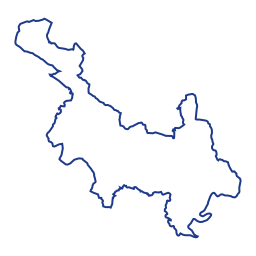 Pho Yen, Thái Nguyên, Vietnam (Mercator projection)
{"feature_id": "81297802B3855346019179", "entity_name": "Pho Yen", "entity_type": "district", "adm_level": 2, "iso_a3": "VNM", "parent_name": "Vietnam", "parent_adm1": "Thái Nguyên", "projection": "mercator", "projection_center": [105.815, 21.451], "detail": "fine", "context": "isolated", "style": "outline", "palette": "blue", "viewbox_px": 256, "rotation_deg": 0, "n_neighbors": 0, "source": "geoboundaries", "source_scale": "gbopen_adm2", "svg_char_len": 5816}
<svg xmlns="http://www.w3.org/2000/svg" viewBox="0 0 256 256"><path d="M60.7,160.6L65.8,164.4L67.2,164.6L68.2,164.3L70.3,163.4L74.2,159.8L77.9,158.6L79.9,158.4L82.5,158.8L83.0,159.8L87.2,163.1L87.8,164.9L91.2,169.0L92.5,171.2L93.3,171.9L94.2,174.3L94.1,175.7L95.0,178.5L95.6,181.7L95.4,182.2L93.4,183.7L92.5,185.6L92.4,187.0L91.9,188.5L90.8,190.1L90.5,191.2L93.4,192.7L98.0,194.4L99.0,197.8L101.3,197.9L101.3,198.9L102.9,200.5L102.9,201.2L102.3,202.4L103.1,204.6L103.2,206.3L105.6,207.1L109.5,207.1L110.7,207.6L112.2,204.1L112.6,199.2L113.1,198.4L112.8,197.6L113.6,197.0L114.1,196.2L115.1,195.7L113.6,194.7L113.2,194.3L113.4,194.0L114.8,192.9L115.4,191.6L116.5,191.2L117.2,190.5L118.7,190.4L119.3,188.9L120.4,188.9L120.7,188.1L120.5,187.7L122.1,188.5L122.7,187.7L122.6,187.2L123.0,186.5L124.1,185.2L124.9,185.8L126.1,185.9L126.1,186.6L127.1,187.5L129.1,187.3L131.4,188.2L132.6,188.3L133.4,188.9L134.0,188.8L134.2,187.3L135.1,187.0L135.9,187.2L138.2,189.3L140.2,190.4L140.5,191.5L141.7,191.2L143.7,192.5L145.7,193.1L146.5,193.1L147.1,193.8L147.6,193.5L147.9,193.9L147.7,194.4L148.7,194.7L148.7,195.5L149.0,195.8L151.9,195.1L152.7,194.3L153.1,193.0L154.9,192.1L158.6,192.5L161.1,191.9L162.3,194.2L163.0,194.7L168.0,192.8L168.7,192.9L170.2,194.0L170.5,194.6L169.7,197.6L170.3,199.5L170.2,200.3L169.7,200.8L168.9,201.0L167.8,200.5L167.1,200.8L166.9,201.3L166.8,202.9L165.7,205.3L166.0,207.9L164.9,209.2L164.8,211.0L166.4,212.2L167.3,213.7L167.1,214.2L165.6,215.2L165.5,216.6L166.1,217.4L168.4,218.1L170.8,219.7L170.8,220.4L170.0,220.3L168.6,219.7L168.1,221.0L168.2,222.4L169.3,223.7L169.7,225.1L170.3,226.0L171.4,226.4L173.5,226.0L173.9,226.3L174.2,227.9L176.3,230.4L176.5,233.2L177.1,234.6L177.6,235.3L178.5,235.6L179.3,235.2L180.1,233.8L180.5,233.4L182.7,234.6L184.9,235.2L190.5,235.3L193.6,236.7L195.7,237.3L197.0,237.1L197.5,236.7L197.7,236.4L196.2,235.9L194.1,234.4L191.8,230.4L189.3,228.6L188.5,227.7L188.2,226.8L188.3,225.9L191.0,223.1L193.0,219.5L193.5,219.0L194.6,219.0L197.5,221.1L199.0,221.7L200.2,222.0L202.1,221.9L206.8,220.2L208.8,218.4L210.7,216.0L211.1,215.1L211.1,214.4L210.3,213.7L209.0,213.5L207.0,213.9L203.2,216.2L201.9,216.1L200.7,215.4L200.1,214.9L200.0,214.2L200.4,213.2L201.0,212.5L203.1,211.4L204.5,210.2L208.0,203.6L208.1,202.3L210.2,196.6L211.5,194.3L212.6,193.2L213.6,192.8L214.5,193.1L216.7,195.8L217.6,196.4L218.8,195.9L220.5,194.6L222.3,194.3L224.8,195.4L228.3,195.6L231.1,196.2L232.3,197.0L234.6,197.4L235.4,197.1L236.7,196.0L237.8,194.0L239.1,192.6L239.4,191.7L239.3,187.5L240.6,180.9L240.1,178.7L236.9,176.1L236.4,174.8L236.4,173.4L235.2,172.5L234.6,171.6L234.0,171.3L232.9,171.7L232.1,171.5L229.9,167.8L228.6,164.8L228.0,162.3L225.7,161.3L223.9,161.2L222.2,159.8L221.1,159.8L220.1,159.3L219.2,159.4L218.3,160.4L217.4,159.7L215.8,156.0L216.6,154.9L216.5,153.0L216.0,151.1L215.3,150.5L213.8,150.2L212.9,149.6L212.0,148.0L212.0,146.4L213.4,144.0L212.6,141.9L212.1,139.2L211.5,138.5L211.3,136.9L211.2,135.6L212.0,132.9L211.8,129.5L211.1,127.8L210.1,126.5L209.8,124.2L208.4,123.5L207.6,121.5L206.0,120.6L199.8,119.6L196.3,119.5L195.7,119.0L196.8,108.0L197.2,106.4L197.0,104.7L196.0,102.4L195.9,99.1L195.3,96.1L194.8,95.3L192.8,94.0L191.9,94.0L188.0,94.7L186.0,95.6L186.1,99.3L184.1,100.4L183.7,100.5L182.9,100.3L182.2,100.7L181.6,101.7L181.6,103.0L179.5,105.3L178.3,107.9L177.4,108.4L178.0,109.0L180.3,108.0L180.2,109.9L181.0,115.5L182.0,116.8L182.5,118.3L183.3,119.3L183.4,120.2L182.9,122.5L183.2,123.5L184.2,124.5L182.6,125.9L179.6,127.9L178.2,128.2L176.2,127.9L175.1,128.0L174.8,128.6L175.0,130.0L173.3,129.4L172.7,130.9L174.3,132.2L174.2,137.0L174.0,138.1L173.7,138.3L173.1,138.1L172.9,137.2L171.9,136.0L165.6,135.8L162.4,134.5L155.4,132.4L152.7,133.3L147.5,132.9L147.0,131.7L146.8,130.2L145.9,129.4L145.5,128.5L145.5,126.0L145.0,124.9L143.0,124.6L141.9,122.8L141.4,122.6L138.5,123.1L132.5,126.3L130.5,126.7L129.6,127.3L128.3,128.9L127.4,129.2L125.9,128.9L125.1,128.5L123.5,126.5L122.3,125.9L120.4,125.5L119.4,119.4L119.8,118.3L119.9,116.2L120.8,113.2L119.1,112.5L117.8,110.9L116.9,110.9L116.0,110.2L114.3,109.9L112.8,107.9L110.5,106.1L107.8,105.0L105.5,105.1L104.3,104.3L103.6,103.0L99.7,101.6L97.2,98.9L95.8,98.2L94.8,96.6L92.6,95.7L91.5,94.7L88.9,93.1L88.6,92.4L88.5,88.1L89.1,86.8L89.4,84.4L87.4,83.2L86.0,80.9L84.4,80.0L84.2,80.2L82.6,79.6L81.1,77.7L79.4,77.7L77.6,75.3L80.3,74.1L82.5,71.0L82.2,69.4L79.6,65.9L82.9,60.5L83.3,57.9L82.5,56.7L82.3,55.7L83.2,54.5L84.7,53.5L82.9,50.6L80.8,48.9L76.1,43.4L75.1,43.6L74.5,44.2L73.8,46.4L73.5,49.3L73.2,49.7L72.2,49.2L68.4,49.9L64.8,48.8L58.8,47.9L57.1,46.6L55.0,43.6L53.0,43.1L51.3,43.5L50.4,42.3L49.8,42.6L49.2,42.5L48.9,42.1L49.0,41.4L48.5,40.2L47.3,37.6L47.0,35.6L47.2,34.1L48.1,32.8L49.2,29.1L51.7,22.8L45.7,19.3L44.4,18.7L42.8,19.6L38.7,20.8L35.6,21.0L33.5,20.1L28.9,22.0L27.7,21.4L26.3,21.6L20.3,23.9L18.9,26.1L18.7,27.1L19.3,30.9L17.6,32.6L16.3,36.6L15.4,41.5L15.5,43.4L16.0,44.3L16.8,45.1L19.9,47.0L24.5,51.3L26.8,51.5L30.4,52.8L32.6,53.2L34.7,54.9L38.5,56.9L40.6,58.6L42.9,59.7L47.4,63.7L49.1,64.6L52.6,65.5L53.7,67.0L56.9,70.1L59.6,71.2L57.8,71.8L55.1,73.9L53.8,73.8L52.3,74.8L49.9,74.6L50.6,75.9L53.1,76.9L58.8,80.7L66.2,87.2L68.4,87.6L68.8,87.9L69.0,88.9L69.5,88.6L69.9,88.7L71.2,91.3L71.2,91.7L70.4,92.0L70.0,92.9L70.7,93.6L72.0,93.2L72.7,93.5L72.7,94.8L72.3,95.8L72.2,97.8L71.0,100.4L66.4,100.9L64.8,101.8L64.0,102.9L64.8,104.9L64.5,106.3L64.0,106.4L60.8,105.9L60.1,107.2L58.7,108.3L59.0,109.4L60.0,109.3L60.6,109.6L60.9,110.1L60.9,111.8L60.2,113.0L58.4,114.1L57.3,113.5L56.8,114.1L55.5,116.7L56.3,117.5L56.5,118.1L55.6,118.8L54.5,123.2L53.0,124.5L52.8,126.5L49.3,131.5L47.6,133.0L46.7,135.0L46.9,135.9L48.6,138.7L48.4,139.1L48.9,141.2L49.4,141.6L50.7,141.9L52.3,143.2L53.0,146.2L54.5,146.5L59.2,144.3L62.2,143.8L62.8,148.4L61.5,155.0L59.5,158.7L59.5,159.2L60.7,160.6Z" fill="none" stroke="#1e3a8a" stroke-width="2"/></svg>